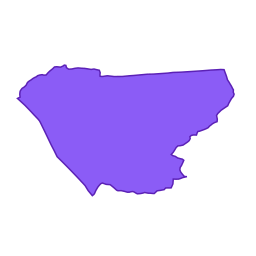 North Mugirango, Nyanza, Kenya (Albers equal-area conic projection), rotated 266°
{"feature_id": "3690345B98609233443148", "entity_name": "North Mugirango", "entity_type": "district", "adm_level": 2, "iso_a3": "KEN", "parent_name": "Kenya", "parent_adm1": "Nyanza", "projection": "albers", "projection_center": [34.989, -0.504], "detail": "fine", "context": "isolated", "style": "filled", "palette": "violet", "viewbox_px": 256, "rotation_deg": 266, "n_neighbors": 0, "source": "geoboundaries", "source_scale": "gbopen_adm2", "svg_char_len": 2540}
<svg xmlns="http://www.w3.org/2000/svg" viewBox="0 0 256 256"><g transform="rotate(266 128 128)"><path d="M180.2,119.4L180.3,117.7L180.7,115.7L181.2,112.9L181.5,111.4L181.5,110.4L181.3,107.7L181.2,106.7L181.2,105.7L181.5,103.8L183.1,103.7L185.1,104.1L187.6,103.4L187.9,102.4L188.4,100.7L189.2,98.2L189.0,95.3L189.7,92.4L190.1,90.7L190.5,88.8L190.8,86.2L191.1,84.3L191.4,82.4L191.3,80.1L191.2,78.7L190.8,76.3L190.8,74.8L190.8,72.9L192.5,70.8L194.8,70.4L195.2,68.8L194.4,67.6L193.4,65.0L194.1,61.1L194.0,58.9L192.3,56.9L190.3,54.0L188.6,52.0L187.5,50.9L186.6,50.0L186.6,47.8L187.2,46.1L187.0,43.6L186.5,41.5L185.5,40.1L184.8,38.2L184.4,37.4L184.0,36.6L182.7,34.6L181.7,32.7L181.0,31.6L180.1,30.7L177.7,29.3L176.1,27.3L174.9,25.1L172.8,23.3L171.6,22.8L169.2,22.4L166.3,22.5L165.2,19.8L157.8,26.8L152.2,31.5L147.1,35.6L143.4,38.7L141.3,40.2L139.3,41.1L129.4,45.1L125.6,46.6L116.5,50.2L110.5,52.8L104.3,55.3L99.2,59.8L93.9,64.4L90.0,67.7L83.3,73.3L78.9,76.9L78.1,77.5L76.3,79.0L73.5,81.2L68.3,83.9L63.0,87.7L64.1,89.3L65.1,90.1L67.8,91.5L70.3,93.2L71.4,94.0L73.0,95.5L74.3,96.9L74.9,98.6L73.3,102.3L72.7,106.3L69.5,109.7L66.9,112.2L66.3,113.1L66.1,114.2L66.0,116.8L65.1,119.9L64.0,122.9L63.9,125.1L64.2,126.3L64.3,128.4L63.7,129.7L62.4,131.5L61.7,132.7L61.7,135.3L61.8,136.6L62.1,138.6L62.5,140.1L61.7,143.1L61.5,144.2L61.4,145.6L60.9,148.5L60.8,149.6L62.1,151.2L63.3,152.7L63.4,153.8L63.5,155.8L63.7,157.2L64.0,159.8L64.6,160.4L65.5,161.3L65.5,163.4L65.3,165.3L65.3,166.9L69.1,168.9L71.9,169.3L73.9,169.6L73.6,172.3L73.5,174.9L73.9,176.6L74.7,179.1L75.4,183.4L75.6,181.1L76.4,180.3L78.0,179.1L80.2,177.6L82.6,176.8L85.0,177.3L86.8,178.7L88.3,179.5L89.9,180.4L91.9,181.4L93.1,180.1L93.8,177.9L94.7,175.4L96.4,173.2L97.3,170.7L98.6,169.3L100.6,171.4L102.6,172.9L105.2,174.7L106.7,176.6L106.7,178.8L107.1,181.7L109.9,186.5L111.1,188.1L113.0,189.3L115.0,189.1L116.2,190.7L116.5,192.8L116.2,195.8L118.2,196.6L119.7,197.5L119.8,199.1L120.6,201.9L121.3,204.3L122.0,206.3L122.8,208.1L124.1,209.3L125.2,211.0L126.3,212.5L127.4,214.8L128.1,217.3L130.6,217.7L134.3,217.2L136.2,218.6L139.2,222.1L141.5,226.0L143.2,229.0L145.7,230.3L150.2,233.3L152.3,235.4L154.4,236.2L156.3,235.5L158.7,235.8L160.3,235.0L162.5,234.1L164.6,233.0L167.0,231.8L169.1,230.6L172.0,230.0L174.3,229.4L176.6,228.7L179.5,227.9L179.9,224.6L179.9,219.8L180.0,214.8L179.9,206.6L179.9,202.8L180.0,184.9L180.1,181.7L180.3,176.8L180.0,171.8L180.0,162.6L180.0,157.1L180.3,151.1L180.0,137.5L180.0,133.6L179.8,126.0L180.2,119.4Z" fill="#8b5cf6" stroke="#5b21b6" stroke-width="1.5"/></g></svg>